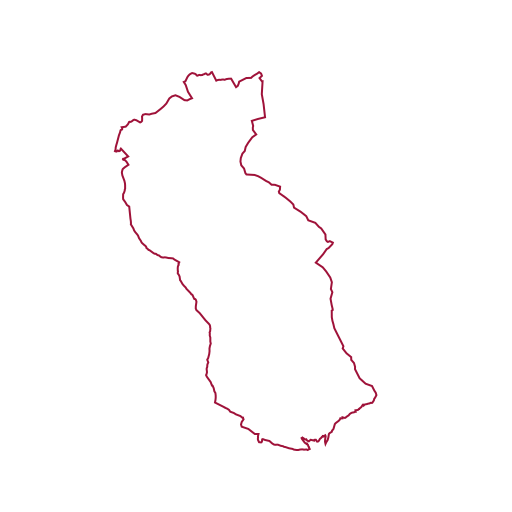 Teliu, Brasov, Romania (Albers equal-area conic projection), rotated 45°
{"feature_id": "2599482B6146472281310", "entity_name": "Teliu", "entity_type": "district", "adm_level": 2, "iso_a3": "ROU", "parent_name": "Romania", "parent_adm1": "Brasov", "projection": "albers", "projection_center": [25.905, 45.691], "detail": "fine", "context": "isolated", "style": "outline", "palette": "rose", "viewbox_px": 512, "rotation_deg": 45, "n_neighbors": 0, "source": "geoboundaries", "source_scale": "gbopen_adm2", "svg_char_len": 6046}
<svg xmlns="http://www.w3.org/2000/svg" viewBox="0 0 512 512"><g transform="rotate(45 256 256)"><path d="M389.8,385.5L391.2,384.4L391.6,383.9L391.4,383.2L391.2,382.7L390.1,381.4L390.0,381.1L390.2,380.8L390.8,380.4L392.3,379.8L396.3,377.3L400.0,377.1L402.1,376.6L403.1,375.9L404.4,374.4L405.0,373.9L407.7,372.7L409.6,371.4L410.8,371.1L411.9,370.3L415.3,368.6L418.2,366.6L419.7,366.1L422.1,364.3L423.0,363.4L424.0,361.7L425.0,360.5L425.9,359.6L426.8,359.1L428.5,357.1L429.7,356.7L429.8,356.5L429.8,356.0L430.4,354.5L429.2,354.1L428.7,353.7L428.5,353.8L427.5,353.5L426.5,352.9L425.8,352.8L425.2,353.1L424.8,352.6L424.5,352.5L423.6,353.4L422.3,353.5L418.1,352.9L417.0,352.5L417.2,351.6L417.8,351.7L418.2,351.3L420.4,351.0L421.0,350.6L421.1,350.1L421.4,350.1L421.9,350.3L422.9,350.3L424.4,349.7L424.6,347.3L427.7,345.4L427.3,344.7L427.7,344.1L428.3,343.6L430.3,344.1L430.8,343.7L431.1,343.1L431.1,342.3L430.9,341.4L430.5,340.2L430.7,338.4L430.5,337.4L431.3,336.1L430.7,335.8L430.9,335.6L431.5,335.4L431.7,334.9L431.6,334.4L431.7,333.8L432.3,334.0L433.0,334.5L434.4,336.6L436.1,338.5L438.0,339.7L437.4,338.1L436.8,335.5L435.5,333.2L433.4,330.3L433.3,329.2L433.9,326.7L433.2,325.6L433.2,324.1L433.0,323.4L430.6,319.1L430.5,318.0L430.8,315.6L431.0,314.4L431.0,313.0L430.9,312.3L430.4,311.1L431.1,310.7L431.4,310.1L431.9,309.7L431.2,308.9L432.9,308.0L433.6,307.2L433.7,305.6L434.2,303.2L434.0,301.3L434.3,299.9L434.7,298.8L435.8,297.3L436.2,296.1L436.6,295.7L435.4,294.8L436.5,293.4L437.0,292.5L436.9,291.5L437.2,291.2L437.0,290.7L437.3,288.4L436.8,286.1L436.8,285.3L437.1,285.2L437.9,285.5L437.9,284.2L438.0,284.0L439.3,282.0L439.7,281.1L440.5,280.0L440.9,278.7L441.7,278.1L442.0,277.6L441.6,275.4L441.3,274.5L440.5,273.2L440.5,272.5L440.1,271.0L439.5,269.2L437.3,268.0L434.8,267.5L430.0,265.9L423.8,268.8L415.8,269.2L406.0,266.0L404.4,264.3L401.0,262.4L396.8,262.1L394.8,260.2L388.8,260.8L382.7,260.1L381.6,258.0L362.5,251.7L358.8,249.4L355.9,247.8L352.9,245.7L348.2,241.1L348.4,239.9L347.7,239.3L344.1,237.1L338.9,233.5L335.6,227.6L332.3,226.4L328.2,220.9L323.7,218.7L316.5,217.3L311.2,216.8L303.0,218.4L302.2,207.3L301.1,201.1L301.7,199.1L301.6,193.7L300.9,192.2L297.7,193.3L296.9,195.2L295.7,195.5L293.5,195.0L289.9,191.7L282.6,190.4L279.9,190.9L274.5,190.6L267.7,193.8L263.4,192.3L256.6,193.1L248.7,194.9L246.0,193.2L241.6,193.2L235.6,193.8L228.0,195.1L226.6,194.3L226.0,192.2L224.0,189.9L219.0,192.3L216.6,194.6L213.0,194.8L210.2,195.8L204.3,197.1L201.0,198.1L197.7,199.7L191.6,205.1L189.9,204.9L185.7,202.6L181.5,202.3L178.2,200.2L176.0,197.5L174.0,193.2L173.8,189.7L171.6,186.2L170.4,181.4L169.4,174.7L170.2,169.9L164.7,169.1L163.0,167.5L162.0,166.0L157.5,163.4L160.5,157.7L164.3,151.5L153.9,143.2L145.7,137.5L137.1,127.8L136.7,128.3L132.7,127.7L132.8,124.4L130.6,123.4L128.2,123.8L127.9,126.1L127.1,129.0L126.6,131.7L126.6,133.5L123.3,137.0L120.8,144.6L121.9,146.4L122.8,148.6L122.5,150.7L113.0,148.2L111.4,149.9L110.0,151.8L109.2,153.6L108.1,154.3L107.1,155.4L106.6,156.3L105.2,157.6L104.3,159.0L103.9,160.1L94.8,157.1L94.4,158.0L94.7,159.5L94.6,160.5L94.3,161.2L93.6,162.1L91.5,162.3L91.1,162.9L90.8,164.1L90.2,165.1L90.1,165.9L89.0,167.3L88.0,167.9L87.5,168.7L87.2,169.7L86.9,170.1L86.5,170.2L84.8,170.1L83.8,170.4L81.6,171.7L81.2,172.4L80.9,173.7L80.7,174.4L80.7,176.3L81.0,178.0L82.5,182.3L81.9,184.0L85.4,184.8L91.8,188.0L99.2,189.7L98.2,192.0L97.4,194.6L95.2,196.4L89.4,197.6L85.4,199.3L83.7,202.6L83.3,205.9L84.8,211.6L84.9,215.6L84.6,219.4L83.8,226.0L81.7,229.1L80.5,231.4L77.5,233.8L76.2,236.0L76.8,238.0L78.2,239.2L79.9,241.0L80.0,242.3L79.6,243.5L75.4,244.6L73.5,245.7L73.1,246.8L73.0,248.2L72.7,249.4L72.3,250.1L71.6,250.6L71.5,251.2L72.0,252.3L72.3,253.6L72.4,256.7L70.0,259.9L71.1,260.3L71.7,260.9L71.8,261.4L71.3,262.6L71.4,263.0L72.5,264.8L73.7,267.5L77.7,274.3L78.7,276.2L80.0,278.4L81.4,280.0L82.1,281.6L82.5,281.5L83.6,280.7L83.5,279.9L83.7,279.1L84.6,279.0L85.0,278.8L85.2,278.4L85.4,278.0L85.3,277.5L85.2,277.0L84.6,276.2L84.5,275.6L95.2,276.0L94.2,279.5L93.7,280.8L93.3,281.3L93.4,281.6L94.0,281.8L94.3,281.7L95.4,280.9L97.7,280.9L101.3,281.7L100.5,285.9L100.3,288.3L100.4,289.1L101.6,291.1L102.2,291.9L104.5,293.5L109.8,295.9L112.0,297.3L113.4,298.5L115.9,301.0L116.3,301.9L116.8,302.4L117.5,303.7L118.0,304.8L118.2,305.8L118.5,306.4L120.9,308.9L122.0,309.8L125.3,310.3L128.7,311.2L131.4,310.7L140.6,318.2L142.9,319.9L144.5,321.3L145.1,322.1L149.8,323.2L151.7,324.1L153.7,324.5L157.1,324.8L158.2,325.0L160.7,326.1L163.8,326.7L165.4,327.3L166.3,327.4L169.9,327.2L170.5,327.0L171.9,327.2L172.8,327.8L174.6,327.6L175.7,327.7L176.5,327.2L181.8,326.4L183.0,325.9L183.5,325.3L183.8,325.2L185.7,325.0L187.0,324.2L188.5,324.1L189.9,323.8L191.5,322.7L192.2,321.7L193.2,320.8L195.6,319.3L196.8,318.2L199.0,316.4L200.8,316.2L206.2,314.7L206.4,315.1L206.6,316.2L207.0,316.6L207.6,316.9L207.7,317.6L208.3,318.8L209.3,320.0L211.2,321.8L211.6,321.9L212.3,322.9L213.1,323.7L214.4,323.8L216.4,324.5L219.5,326.8L220.2,326.8L223.9,327.8L226.2,328.0L228.6,328.0L229.9,328.4L235.8,328.5L237.3,328.8L237.8,328.7L238.0,328.5L238.8,328.5L241.5,329.6L242.8,330.0L243.1,329.7L243.6,329.4L244.7,329.6L246.3,330.5L248.9,334.0L250.5,335.7L252.1,336.4L256.5,336.2L265.7,337.2L271.1,337.3L272.1,337.5L273.2,338.1L274.0,338.9L274.9,339.4L276.8,341.7L277.2,342.8L278.1,343.4L279.5,344.9L281.4,346.0L284.2,348.8L285.9,349.9L287.0,352.1L288.5,354.3L290.5,356.2L292.3,358.5L294.3,361.9L294.6,362.6L294.7,363.6L295.2,364.0L297.5,365.0L298.2,366.8L298.7,367.6L299.6,368.5L300.2,369.4L300.5,370.2L301.1,370.9L303.5,372.8L304.5,374.4L304.9,375.5L306.5,376.1L313.1,377.2L314.8,378.0L316.2,378.6L316.7,378.7L316.8,378.4L317.1,378.4L319.6,379.4L322.2,381.1L324.2,381.6L326.2,383.2L327.8,384.8L329.1,386.4L330.6,388.6L341.0,385.2L341.1,385.3L343.7,384.3L345.7,383.9L347.9,384.3L351.3,382.7L353.7,382.2L358.2,380.2L360.5,380.0L361.1,379.5L361.4,379.9L362.6,380.2L362.9,381.4L363.2,383.3L364.5,385.7L366.6,386.8L372.9,383.7L381.0,382.7L383.6,380.1L385.0,382.3L385.7,382.8L386.7,384.1L387.6,384.7L389.8,385.5Z" fill="none" stroke="#9f1239" stroke-width="2"/></g></svg>